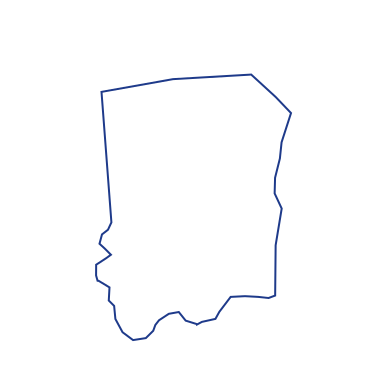 Mellerud, Västra Götaland, Sweden (Albers equal-area conic projection), rotated 245°
{"feature_id": "70781695B28344262532925", "entity_name": "Mellerud", "entity_type": "district", "adm_level": 2, "iso_a3": "SWE", "parent_name": "Sweden", "parent_adm1": "Västra Götaland", "projection": "albers", "projection_center": [12.416, 58.693], "detail": "fine", "context": "isolated", "style": "outline", "palette": "blue", "viewbox_px": 384, "rotation_deg": 245, "n_neighbors": 0, "source": "geoboundaries", "source_scale": "gbopen_adm2", "svg_char_len": 692}
<svg xmlns="http://www.w3.org/2000/svg" viewBox="0 0 384 384"><g transform="rotate(245 192 192)"><path d="M69.8,140.7L70.1,146.1L67.1,159.6L71.9,166.2L80.6,182.7L75.2,196.0L69.0,207.6L63.6,216.5L63.0,223.6L108.4,245.3L139.1,266.3L155.8,266.3L169.8,273.3L185.2,285.8L199.2,294.2L221.7,315.1L242.7,308.0L272.4,295.7L273.4,295.3L302.3,222.5L321.0,152.3L198.5,106.1L193.3,99.9L191.6,92.5L184.2,86.3L177.4,89.1L169.4,92.0L168.3,86.3L166.6,74.4L156.9,69.8L151.5,68.9L151.0,69.8L140.4,76.9L128.8,70.7L121.7,73.3L109.3,68.9L94.2,69.8L82.7,76.0L79.1,88.4L82.6,98.2L87.0,102.6L89.7,107.9L91.4,119.5L88.8,129.3L78.1,131.9L70.0,140.8L69.8,140.7Z" fill="none" stroke="#1e3a8a" stroke-width="2"/></g></svg>